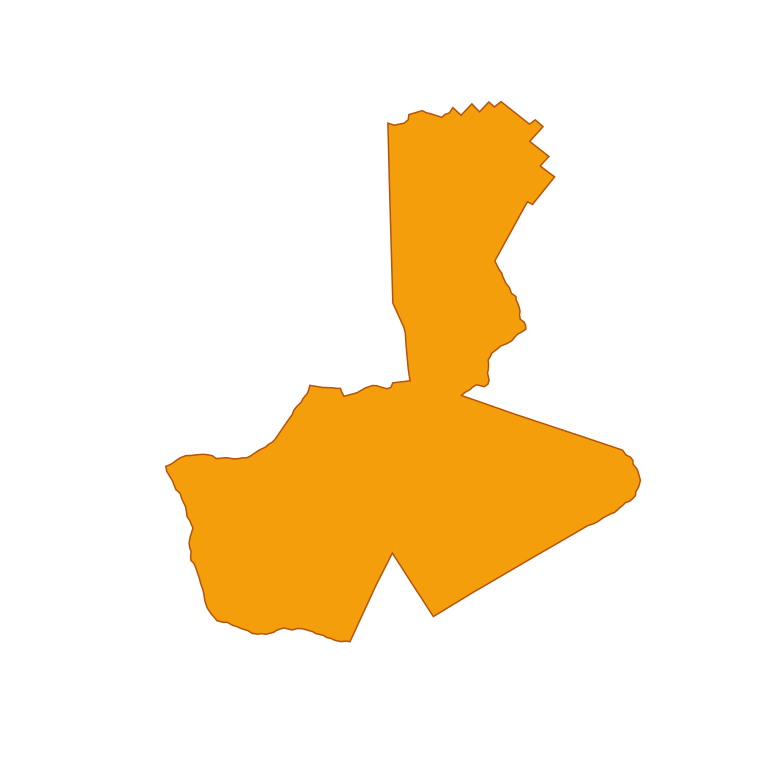 outline of Castanhal, Pará, Brazil, rotated 242°
{"feature_id": "56859067B13646030558051", "entity_name": "Castanhal", "entity_type": "district", "adm_level": 2, "iso_a3": "BRA", "parent_name": "Brazil", "parent_adm1": "Pará", "projection": "orthographic", "projection_center": [-47.869, -1.265], "detail": "fine", "context": "isolated", "style": "filled", "palette": "amber", "viewbox_px": 768, "rotation_deg": 242, "n_neighbors": 0, "source": "geoboundaries", "source_scale": "gbopen_adm2", "svg_char_len": 2883}
<svg xmlns="http://www.w3.org/2000/svg" viewBox="0 0 768 768"><g transform="rotate(242 384 384)"><path d="M413.8,152.7L408.9,151.2L403.4,151.4L398.0,151.8L393.3,151.2L388.5,150.7L383.1,152.6L377.9,151.6L372.6,151.4L368.5,151.1L363.7,149.5L359.4,147.9L354.4,148.4L351.0,148.0L346.5,147.7L340.2,141.3L335.2,137.3L330.8,135.6L326.7,135.1L323.0,132.6L318.8,130.7L314.8,132.0L309.1,131.4L303.8,130.5L298.6,129.7L294.8,128.6L287.9,127.6L282.5,126.2L279.0,124.8L275.0,123.7L268.9,122.8L262.4,123.5L253.3,125.5L248.9,130.4L247.3,133.6L241.8,137.2L239.0,140.1L235.6,142.7L229.8,148.2L225.7,150.5L222.4,155.1L221.0,158.8L218.5,162.1L216.6,170.0L216.9,173.5L216.3,177.9L215.5,181.2L210.0,187.3L208.7,192.9L205.9,197.5L198.7,204.8L195.6,206.7L190.5,212.5L187.2,214.3L184.4,217.6L181.2,219.9L178.5,222.8L176.5,225.5L174.7,230.0L172.4,232.9L190.1,256.2L193.8,261.1L196.3,264.4L210.0,282.4L230.8,312.0L186.3,315.7L182.8,316.1L155.5,318.4L157.6,354.5L158.3,366.7L158.6,376.1L160.9,432.6L161.7,455.9L163.3,497.7L162.3,502.9L162.1,507.4L163.0,515.4L163.0,523.2L162.3,526.7L163.1,530.7L164.1,534.2L164.8,538.0L165.9,541.3L165.2,545.7L165.9,549.4L167.5,553.7L170.8,555.9L172.9,559.6L175.1,562.1L178.7,565.2L186.2,566.9L189.6,567.5L196.4,566.3L199.6,567.9L203.8,567.2L207.9,564.3L213.6,563.6L241.4,537.3L296.1,485.2L337.5,447.0L338.6,451.8L338.6,457.0L339.7,461.0L339.9,465.4L334.6,471.2L335.0,475.5L338.0,478.6L345.1,480.5L348.2,483.2L352.3,485.6L356.3,487.2L358.4,490.8L360.6,493.7L361.3,497.9L362.0,501.6L362.7,505.4L362.0,511.4L362.2,517.1L364.0,521.5L365.3,525.5L365.2,529.9L365.8,534.9L369.2,536.5L372.6,536.8L377.3,534.7L381.1,536.0L384.7,538.4L388.6,539.4L392.4,540.0L396.0,540.1L399.2,541.5L404.3,539.1L410.2,540.0L415.7,538.9L422.9,539.3L426.5,540.0L431.2,539.4L440.6,539.6L474.9,592.0L477.5,596.3L472.8,599.3L486.8,631.9L496.0,627.5L503.2,624.3L507.5,636.4L529.8,626.5L536.5,645.2L546.2,641.6L545.1,634.4L578.4,619.9L576.8,611.5L583.8,609.0L579.5,596.0L590.1,593.1L585.1,578.2L595.7,574.6L592.7,569.0L593.4,564.5L592.3,560.2L600.0,552.8L603.8,548.6L607.4,546.1L610.2,532.4L605.9,529.4L604.9,524.0L607.8,514.4L612.5,509.9L559.9,483.6L456.4,432.3L451.2,429.8L424.3,428.1L418.9,426.7L407.2,421.4L396.9,417.1L386.0,412.5L379.8,410.3L374.6,408.5L380.9,392.3L377.8,388.5L378.4,384.5L381.8,380.7L386.1,376.6L388.1,373.0L389.3,365.6L388.9,356.4L391.9,342.9L397.0,342.9L400.6,343.5L402.5,340.0L404.8,336.8L407.2,332.7L409.9,328.0L417.6,317.9L414.0,314.6L411.7,312.0L409.2,305.6L406.8,302.3L405.1,296.4L403.0,291.8L400.1,288.7L397.3,282.9L390.1,269.1L386.1,261.5L385.1,257.9L384.9,253.8L383.9,250.0L384.3,242.8L383.1,231.9L383.4,227.8L385.2,224.4L386.5,220.3L388.3,216.4L393.1,210.0L395.2,204.8L397.0,200.8L401.4,198.7L404.4,195.0L406.9,191.2L409.4,185.5L411.4,180.3L413.8,175.4L414.5,169.3L414.0,164.2L413.3,160.1L413.3,156.3L413.8,152.7Z" fill="#f59e0b" stroke="#b45309" stroke-width="1.5"/></g></svg>